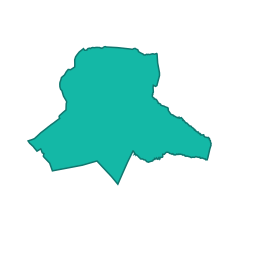 Villa Díaz Ordaz, Oaxaca, Mexico, rotated 34°
{"feature_id": "50627088B66246693607195", "entity_name": "Villa Díaz Ordaz", "entity_type": "district", "adm_level": 2, "iso_a3": "MEX", "parent_name": "Mexico", "parent_adm1": "Oaxaca", "projection": "albers", "projection_center": [-96.35, 17.054], "detail": "fine", "context": "isolated", "style": "filled", "palette": "teal", "viewbox_px": 256, "rotation_deg": 34, "n_neighbors": 0, "source": "geoboundaries", "source_scale": "gbopen_adm2", "svg_char_len": 4699}
<svg xmlns="http://www.w3.org/2000/svg" viewBox="0 0 256 256"><g transform="rotate(34 128 128)"><path d="M128.0,76.2L124.8,66.9L123.2,64.6L116.2,57.5L110.7,50.4L110.1,50.2L109.9,50.4L109.7,50.8L109.2,51.3L108.8,51.9L108.4,52.2L108.2,52.2L107.7,52.3L106.7,52.9L104.9,55.0L103.6,55.6L103.4,56.0L103.2,56.2L103.1,56.3L102.8,56.4L102.7,56.4L102.4,56.3L101.8,57.1L101.6,57.7L101.5,57.8L101.2,58.0L100.7,58.3L100.3,58.5L100.1,58.5L99.2,58.3L98.9,58.3L97.3,58.6L95.1,58.8L94.8,58.8L94.3,58.8L94.1,58.7L93.9,58.7L93.0,58.1L92.6,57.8L92.3,57.7L92.1,57.7L91.8,57.8L90.8,58.0L90.6,58.0L89.5,58.0L88.7,58.6L88.4,59.0L87.8,60.1L87.7,60.3L86.5,60.9L85.8,61.2L74.4,67.2L64.7,73.0L63.7,73.2L63.2,73.7L62.9,74.1L62.5,74.9L62.3,75.4L62.3,75.8L61.8,76.5L61.3,76.8L60.8,76.7L60.4,77.1L59.3,77.2L56.4,79.1L55.9,79.6L55.3,80.2L53.6,81.1L52.9,82.0L52.6,82.5L52.6,83.0L51.5,83.3L50.4,84.5L50.2,85.5L50.4,86.1L49.9,86.6L49.8,87.0L48.5,87.8L46.7,87.1L45.1,92.2L44.8,96.0L44.8,98.3L45.7,101.3L48.4,105.1L49.7,107.2L47.9,111.7L45.7,112.9L45.4,115.8L45.7,119.6L44.6,123.3L45.5,125.9L46.1,128.2L46.9,129.7L48.5,131.9L50.4,133.5L50.6,133.6L52.3,134.0L56.8,137.7L62.1,140.2L62.8,141.1L63.2,142.4L66.5,147.7L65.5,151.2L64.3,156.1L64.6,157.3L66.0,158.2L65.3,160.2L64.1,163.6L64.0,164.0L63.7,164.9L63.5,165.5L63.2,166.3L63.1,166.5L62.3,168.6L62.2,169.0L62.1,169.4L61.3,171.7L61.2,172.0L60.7,173.7L59.9,176.2L59.0,178.9L58.4,180.6L57.1,186.4L57.0,186.6L56.4,189.1L55.2,190.9L54.0,192.5L53.4,193.2L52.4,194.6L55.0,195.6L55.7,195.7L57.2,195.9L57.6,196.0L57.9,196.0L58.2,196.1L59.8,196.3L61.1,196.8L62.1,197.1L63.5,197.5L65.5,198.1L66.5,195.9L67.3,194.1L67.5,194.2L68.9,195.1L69.2,195.4L70.8,196.5L72.6,196.3L73.5,198.6L73.8,198.9L75.8,199.4L82.7,200.9L89.3,205.8L92.7,202.4L99.1,196.1L111.0,184.3L120.7,172.7L128.8,174.6L141.5,177.5L151.0,180.3L148.8,168.3L146.7,156.5L145.0,144.3L145.4,144.2L145.7,144.4L146.0,144.6L146.4,144.6L146.8,144.7L147.0,144.7L147.2,144.9L147.4,145.1L147.6,145.5L147.8,145.5L148.0,145.6L148.1,145.8L148.1,146.2L148.7,145.4L148.9,145.5L149.1,145.8L149.3,145.9L149.2,145.6L150.3,145.6L150.9,145.5L151.5,145.6L153.5,146.1L154.0,146.2L154.7,146.2L155.0,146.4L155.3,146.5L155.6,146.6L155.9,146.5L156.5,146.2L157.0,145.7L157.6,145.5L159.0,145.5L159.4,145.2L160.3,144.9L160.6,144.9L162.1,145.4L162.3,145.4L163.8,145.0L164.2,144.8L164.6,144.1L164.8,143.9L165.4,143.1L166.3,142.1L166.7,141.7L166.9,141.2L166.9,140.9L166.7,140.5L166.8,140.1L167.2,139.6L167.3,139.4L167.6,139.0L167.8,139.0L167.8,138.8L167.7,138.7L167.3,138.4L167.5,138.3L167.9,138.2L168.4,137.9L168.1,137.8L168.3,137.7L168.5,137.7L168.5,137.1L168.8,137.3L169.3,137.3L169.5,137.3L169.4,137.1L169.9,137.1L169.9,136.7L170.2,136.6L170.3,136.7L170.5,136.6L170.5,136.4L170.6,136.5L170.7,136.4L170.6,136.2L170.9,136.3L170.8,136.1L171.0,136.2L171.2,135.9L171.4,135.9L171.4,135.7L171.6,135.7L171.5,135.4L171.4,135.3L171.5,135.2L171.4,135.0L171.2,134.9L171.0,134.4L171.4,134.2L172.3,133.6L172.4,133.4L172.9,132.9L172.6,131.9L171.8,130.9L171.5,130.3L172.8,129.5L173.2,127.1L173.3,126.8L173.6,126.6L174.1,126.1L174.8,125.8L175.6,125.5L176.6,125.8L177.9,125.3L178.6,125.2L179.2,125.1L179.5,124.3L180.9,124.6L181.3,124.2L181.8,124.2L182.2,124.0L182.5,123.4L183.1,122.8L183.1,122.3L183.8,122.3L184.6,121.7L184.7,121.1L185.7,120.9L186.1,120.3L187.0,120.1L187.7,119.6L188.4,119.9L189.2,119.3L189.5,119.0L190.0,119.1L190.4,119.0L190.7,119.3L191.5,119.2L193.0,118.1L195.1,117.5L195.4,117.2L196.9,117.2L197.7,116.3L197.7,116.2L199.6,115.1L200.3,113.7L200.7,113.7L201.8,113.3L202.4,113.1L203.3,112.6L203.7,112.1L203.9,112.0L204.8,112.6L206.5,111.3L207.5,111.1L208.8,110.9L209.3,110.4L209.6,110.5L210.3,110.9L211.4,110.0L211.3,109.9L210.8,108.0L207.6,99.7L206.4,95.7L205.8,95.3L205.5,94.3L204.3,93.6L203.2,92.3L202.1,92.2L201.6,91.7L201.4,91.2L200.4,91.1L199.9,90.9L199.4,91.4L197.0,92.4L195.8,92.4L194.8,91.4L194.3,91.4L193.8,92.0L192.0,93.1L191.5,92.9L191.4,92.4L190.7,92.3L190.4,92.7L189.7,92.5L188.9,92.7L188.4,92.1L188.1,92.4L186.3,92.7L185.2,92.1L184.4,92.6L183.9,91.9L183.1,92.0L182.5,91.7L180.2,91.7L179.5,91.3L178.5,91.5L177.7,92.0L176.9,91.6L173.8,91.0L173.1,91.5L170.3,90.6L169.3,91.0L169.1,90.3L166.4,89.6L166.0,90.3L165.6,90.4L165.0,91.2L164.3,90.6L164.1,91.2L163.5,91.2L163.2,91.9L160.6,92.1L159.9,92.1L159.1,92.4L158.8,92.1L158.0,92.1L156.1,92.7L151.7,91.0L151.0,90.3L150.9,89.9L150.1,89.1L149.3,89.0L147.2,89.6L145.6,89.7L143.9,90.4L142.3,90.6L141.8,90.1L140.5,90.0L139.4,90.6L138.6,89.9L136.2,88.8L134.9,88.6L133.7,89.3L133.5,88.8L132.4,88.6L131.8,88.8L130.5,88.2L130.0,87.3L129.5,86.6L129.7,86.0L129.2,85.6L128.9,85.1L129.1,84.5L128.9,84.0L126.1,80.4L125.1,78.4L127.6,78.1L128.2,76.6L128.0,76.2Z" fill="#14b8a6" stroke="#0f766e" stroke-width="1.5"/></g></svg>